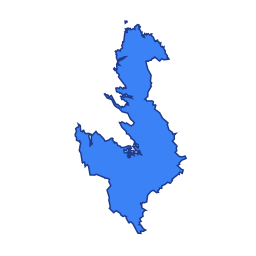 the district of Donegal Lea-6, Donegal, Ireland, rotated 82°
{"feature_id": "5873133B96049761393494", "entity_name": "Donegal Lea-6", "entity_type": "district", "adm_level": 2, "iso_a3": "IRL", "parent_name": "Ireland", "parent_adm1": "Donegal", "projection": "mercator", "projection_center": [-8.322, 54.625], "detail": "fine", "context": "isolated", "style": "filled", "palette": "blue", "viewbox_px": 256, "rotation_deg": 82, "n_neighbors": 0, "source": "geoboundaries", "source_scale": "gbopen_adm2", "svg_char_len": 5870}
<svg xmlns="http://www.w3.org/2000/svg" viewBox="0 0 256 256"><g transform="rotate(82 128 128)"><path d="M143.6,179.4L146.3,178.2L155.7,178.1L156.3,177.7L155.6,176.9L156.0,175.8L160.1,175.8L159.0,174.8L159.3,174.1L158.7,173.3L160.5,172.4L169.2,172.1L170.0,167.3L169.3,166.1L173.9,158.0L174.7,157.6L174.5,156.7L176.0,153.5L178.7,154.4L182.6,153.0L186.5,157.4L194.3,156.2L196.6,157.0L203.8,156.5L205.0,157.6L209.9,153.9L208.2,151.4L211.0,147.9L213.3,147.0L215.0,145.2L214.5,143.6L215.6,141.9L216.8,142.4L221.4,140.6L222.1,140.1L221.3,139.3L221.8,137.9L223.4,136.5L233.5,132.8L234.2,129.9L231.9,129.8L232.4,127.2L231.5,124.8L230.0,126.8L226.0,128.7L225.3,130.3L225.0,129.5L222.9,130.1L222.3,128.0L219.5,129.1L217.5,125.4L214.1,125.3L211.9,122.8L211.9,121.9L209.1,125.4L207.1,125.1L204.9,126.2L204.2,125.8L205.0,124.6L203.7,123.5L204.3,122.3L203.8,119.8L197.0,117.8L193.8,113.8L193.2,111.6L196.0,108.7L195.9,106.8L194.4,107.3L193.4,105.7L191.9,105.1L192.4,103.0L189.9,102.5L189.1,99.4L187.2,96.1L188.6,94.1L188.3,93.4L185.7,91.1L184.8,91.5L180.6,84.4L181.0,83.7L179.6,83.7L178.9,82.7L180.5,80.6L177.3,79.2L176.4,80.8L172.0,84.4L171.1,81.9L169.7,82.1L167.4,79.3L166.2,74.7L163.8,75.3L164.1,79.0L163.2,81.2L158.6,84.8L157.4,82.9L154.6,83.0L152.7,82.0L147.1,85.8L145.4,83.7L141.6,83.2L140.1,81.4L140.4,84.6L138.6,84.6L135.6,87.8L129.9,88.6L128.5,87.7L123.0,92.5L117.3,94.6L113.0,99.0L109.5,97.3L109.0,97.6L108.7,100.0L105.4,99.3L104.5,100.6L103.8,105.7L102.4,106.2L101.9,107.4L99.3,103.9L95.5,103.4L89.9,99.1L88.8,99.7L86.6,98.3L85.4,99.4L78.9,97.8L72.7,100.2L64.8,101.1L64.2,100.3L64.9,98.8L64.1,97.7L64.1,95.5L62.5,94.2L62.6,92.8L61.3,91.8L66.1,87.4L64.1,84.9L65.4,83.1L65.6,78.5L64.9,79.0L63.4,79.3L62.1,79.0L58.6,80.8L56.9,80.3L54.8,81.5L52.6,81.1L53.1,82.1L52.1,82.5L52.4,83.4L50.9,84.4L48.2,83.7L48.6,85.2L47.2,85.4L45.6,87.2L46.0,87.5L45.4,88.2L46.2,88.7L45.7,89.5L41.9,90.2L39.5,92.0L38.1,91.4L38.1,92.2L39.1,92.5L39.1,93.5L37.4,94.9L37.7,95.6L37.2,96.5L38.4,97.0L37.0,98.3L37.7,98.4L37.9,100.0L39.4,99.9L39.7,99.2L40.2,99.2L39.7,99.6L40.8,100.1L39.1,100.0L39.0,101.1L38.1,101.5L35.1,100.8L35.3,101.7L33.0,102.1L31.7,103.4L31.1,102.7L30.0,103.1L29.9,102.0L29.2,101.8L28.4,103.2L27.4,102.9L26.9,104.2L28.8,107.3L31.3,107.4L30.3,108.9L31.0,110.5L30.9,112.2L29.8,111.9L29.9,112.8L29.0,113.9L29.6,116.8L30.4,116.4L30.7,114.9L31.6,116.8L31.9,115.4L33.2,115.4L33.0,117.6L33.7,118.0L42.1,120.2L41.9,121.2L44.7,121.8L45.3,122.7L47.9,122.3L49.2,124.6L50.8,125.1L49.2,127.1L50.5,128.7L50.0,129.5L50.3,129.9L52.1,129.2L53.6,129.7L54.3,128.8L56.1,129.7L59.9,129.0L58.0,126.4L57.8,123.2L57.0,122.0L57.1,120.1L59.5,124.3L58.9,124.6L58.6,126.1L59.3,127.0L60.0,126.3L60.8,128.6L62.9,128.7L64.7,127.4L64.3,128.7L62.0,129.5L63.3,130.4L68.2,130.7L67.5,132.6L66.6,133.1L67.5,134.0L69.3,132.9L69.5,131.4L71.8,131.4L73.2,129.7L74.7,129.4L76.0,130.3L85.9,124.7L88.0,125.4L88.0,124.5L87.6,124.6L87.2,124.5L88.1,124.2L88.4,124.9L87.5,126.9L88.7,127.6L86.5,129.5L86.5,130.5L87.8,131.3L86.7,133.2L86.9,134.5L90.5,134.2L91.7,131.4L92.4,131.3L92.6,130.1L94.7,128.5L95.3,126.6L94.4,126.7L94.8,125.7L94.0,125.5L94.2,124.8L95.9,123.8L97.3,119.7L98.0,120.8L99.0,120.1L96.8,125.1L96.6,126.6L97.1,127.7L95.6,128.9L96.2,129.5L95.5,130.8L95.4,131.5L96.8,129.5L97.4,130.5L98.9,130.1L99.1,128.4L100.8,127.3L101.3,126.0L103.1,124.7L103.1,125.9L103.8,126.2L104.4,125.4L104.1,124.6L105.3,124.4L104.4,127.1L106.4,128.4L106.6,129.4L106.1,130.2L106.6,130.3L106.0,131.3L106.9,131.7L102.7,135.4L103.4,135.0L102.8,136.6L93.5,140.0L94.5,141.9L92.4,143.6L91.9,145.5L90.8,146.0L91.1,146.6L95.3,144.5L96.0,143.3L95.2,143.2L95.1,142.1L97.1,141.6L97.0,140.4L103.8,138.2L106.6,135.5L106.6,134.7L111.1,131.5L113.3,126.2L119.4,124.3L123.5,121.0L125.3,122.3L126.4,124.7L122.9,128.7L123.3,130.0L121.1,133.1L121.8,134.2L121.4,135.6L126.4,133.9L131.1,130.3L133.5,130.2L134.2,128.4L137.1,126.5L139.0,126.5L139.1,125.5L142.2,123.1L145.1,124.5L144.8,123.4L144.0,123.5L143.4,123.2L144.7,122.6L144.7,121.8L146.5,120.1L147.5,120.3L147.7,121.1L149.7,120.2L148.1,122.1L145.9,122.6L147.3,124.0L146.9,124.9L146.9,126.9L147.1,125.0L148.6,124.8L152.2,122.0L151.9,119.9L153.7,119.3L153.1,120.7L155.9,119.2L156.3,118.2L156.6,118.3L154.0,122.0L155.3,122.2L154.3,122.9L153.9,124.6L152.7,125.0L150.3,126.3L154.0,125.0L153.1,126.0L157.1,125.5L153.9,126.6L153.3,127.5L154.9,127.3L155.0,127.7L152.5,128.5L153.0,129.6L155.1,128.4L155.5,129.8L157.4,129.8L157.5,130.8L156.0,131.4L156.2,131.7L156.9,131.6L157.2,131.9L154.8,132.6L155.9,132.0L155.7,131.0L154.4,130.6L153.4,132.0L153.7,130.3L152.6,130.0L151.8,131.5L153.2,132.0L152.1,132.7L152.4,133.8L152.0,135.0L149.3,135.3L148.8,134.7L150.4,133.2L148.1,131.5L149.5,130.1L149.4,129.4L148.3,130.4L147.9,130.3L148.0,129.9L148.6,129.6L147.7,129.0L149.3,129.3L149.3,128.6L148.4,128.4L148.5,127.6L146.2,128.2L145.7,130.1L146.7,134.4L146.3,137.6L145.1,138.0L144.0,140.4L141.1,141.3L140.3,142.9L141.0,143.3L140.7,143.8L139.9,143.5L137.9,145.2L136.5,144.3L135.8,145.2L135.9,146.4L137.4,149.1L137.9,152.6L135.5,153.5L130.4,157.0L130.1,158.5L126.9,160.2L131.0,165.4L137.6,166.2L138.5,165.5L139.0,165.8L138.5,166.5L138.7,167.3L139.4,167.2L140.5,167.7L140.5,168.1L135.7,167.2L130.2,168.1L129.0,166.9L130.2,165.2L129.2,165.2L127.8,167.7L127.6,171.1L124.3,172.2L124.9,173.0L124.2,172.8L124.2,173.0L125.2,173.5L124.5,175.3L118.9,174.9L117.1,176.7L118.8,176.4L120.4,177.4L120.3,178.4L121.4,179.9L124.4,179.5L126.7,181.1L128.6,181.3L129.8,180.3L133.1,180.7L134.0,178.8L133.9,177.7L135.3,177.9L135.9,176.9L143.6,179.4ZM22.8,114.1L22.0,114.4L22.2,116.0L21.9,115.5L21.8,116.1L23.8,116.1L22.8,114.1ZM151.7,128.6L150.9,127.7L149.9,128.7L150.2,129.0L151.7,128.6ZM150.5,124.0L151.3,123.9L152.3,123.1L150.5,124.0ZM151.7,130.3L151.0,130.0L150.5,130.3L150.7,130.9L151.7,130.3ZM64.3,78.4L64.7,79.0L65.0,78.4L65.0,78.1L64.3,78.4ZM45.3,86.5L44.4,86.4L45.4,86.7L45.3,86.5Z" fill="#3b82f6" stroke="#1e3a8a" stroke-width="1.5"/></g></svg>